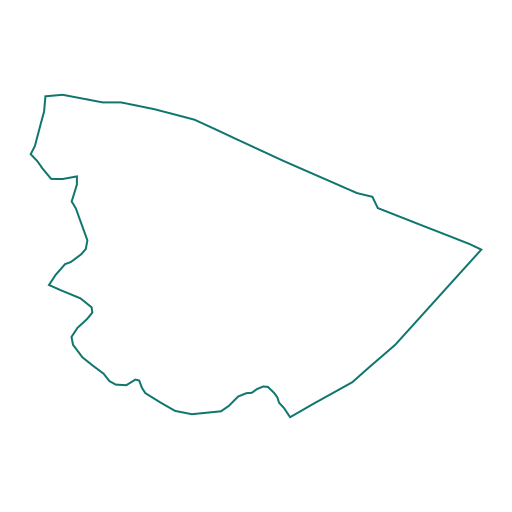 As Serief, North Darfur, Sudan (Albers equal-area conic projection)
{"feature_id": "16777658B191743768731", "entity_name": "As Serief", "entity_type": "district", "adm_level": 2, "iso_a3": "SDN", "parent_name": "Sudan", "parent_adm1": "North Darfur", "projection": "albers", "projection_center": [23.384, 13.974], "detail": "fine", "context": "isolated", "style": "outline", "palette": "teal", "viewbox_px": 512, "rotation_deg": 0, "n_neighbors": 0, "source": "geoboundaries", "source_scale": "gbopen_adm2", "svg_char_len": 1730}
<svg xmlns="http://www.w3.org/2000/svg" viewBox="0 0 512 512"><path d="M372.4,196.8L357.0,193.1L283.4,160.9L233.7,137.9L221.6,132.2L194.5,119.7L154.4,109.2L120.9,102.4L102.7,102.4L62.7,94.8L45.4,96.3L45.4,96.8L45.1,100.0L44.6,105.7L44.1,111.6L42.3,118.0L41.9,119.6L41.2,122.1L37.4,136.5L36.5,139.8L34.9,146.1L34.7,146.4L34.5,146.9L34.3,147.1L33.7,148.5L33.4,148.9L33.3,149.2L33.1,149.6L31.7,152.2L31.4,152.9L31.2,153.3L30.7,154.2L32.9,156.5L33.1,156.7L34.1,157.8L37.2,161.0L39.1,163.7L40.8,166.0L41.0,166.4L41.2,166.7L41.4,167.0L41.5,167.2L41.7,167.3L41.9,167.6L42.1,168.0L42.4,168.4L42.5,168.5L43.9,170.2L45.1,171.6L45.6,172.2L45.8,172.5L51.2,178.9L51.7,178.9L57.3,179.0L62.7,179.0L76.9,176.4L76.9,179.2L76.9,182.0L76.9,184.5L76.3,186.5L76.2,186.8L75.6,188.8L72.3,199.5L72.2,199.7L72.2,199.9L72.1,200.1L71.8,200.9L71.7,201.5L71.8,201.8L73.2,204.0L75.8,208.3L78.8,216.6L83.0,228.2L87.4,240.4L87.3,240.8L85.8,249.0L85.1,249.8L81.2,254.3L70.7,262.1L65.1,264.1L55.6,274.9L50.6,282.5L49.0,285.0L50.6,285.7L60.4,290.1L77.9,297.3L80.2,298.2L91.6,307.3L92.3,312.6L87.0,319.1L77.5,327.8L71.5,336.9L73.0,344.8L82.5,357.4L92.5,365.4L103.6,373.7L109.4,381.1L115.7,384.6L126.3,385.2L135.4,379.6L139.2,380.5L141.9,387.8L145.3,393.1L161.1,402.9L175.1,410.9L191.8,414.2L221.0,411.3L228.8,405.9L238.2,396.5L246.3,393.2L251.8,392.8L256.9,389.1L263.2,386.5L267.9,386.9L274.2,393.0L277.4,397.5L279.1,402.8L283.8,407.8L290.1,417.2L302.3,410.2L316.0,402.3L318.1,401.2L318.5,401.0L320.8,399.7L327.1,396.2L348.0,384.6L350.1,383.4L350.3,383.3L352.2,382.3L364.8,371.1L368.7,367.7L369.8,366.7L384.0,354.5L395.3,344.7L424.7,312.2L454.4,279.3L481.3,249.6L469.2,243.9L417.8,223.8L377.8,208.1L372.4,196.8Z" fill="none" stroke="#0f766e" stroke-width="2"/></svg>